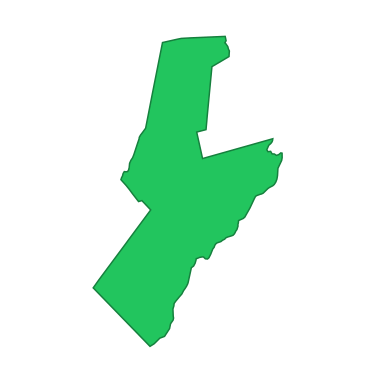 the district of Apodi, Rio Grande do Norte, Brazil, rotated 188°
{"feature_id": "56859067B42378409662171", "entity_name": "Apodi", "entity_type": "district", "adm_level": 2, "iso_a3": "BRA", "parent_name": "Brazil", "parent_adm1": "Rio Grande do Norte", "projection": "equal_earth", "projection_center": [-37.896, -5.629], "detail": "fine", "context": "isolated", "style": "filled", "palette": "green", "viewbox_px": 384, "rotation_deg": 188, "n_neighbors": 0, "source": "geoboundaries", "source_scale": "gbopen_adm2", "svg_char_len": 1891}
<svg xmlns="http://www.w3.org/2000/svg" viewBox="0 0 384 384"><g transform="rotate(188 192 192)"><path d="M110.4,213.5L109.7,216.6L109.6,220.1L110.2,227.4L107.6,235.7L107.5,238.5L108.2,243.0L109.5,243.1L111.3,241.1L113.5,240.0L115.7,241.1L118.0,240.9L119.8,243.2L122.4,242.5L123.8,244.2L122.5,248.9L120.7,251.0L119.8,252.6L119.4,254.1L119.4,256.0L144.8,244.8L151.2,242.0L159.8,238.2L164.8,236.0L186.2,226.6L195.1,250.4L195.7,252.0L186.8,255.7L187.2,263.9L187.5,269.3L189.7,318.9L174.2,331.3L174.5,335.1L174.6,336.8L175.8,338.6L176.8,341.0L177.9,342.2L179.2,343.6L180.2,344.3L179.3,346.5L180.0,348.6L180.8,350.7L214.4,344.5L224.0,342.6L227.7,341.3L242.0,335.9L243.4,311.0L245.0,282.7L245.9,265.5L246.8,248.7L249.2,244.2L250.9,241.2L251.8,238.9L251.8,237.2L252.7,232.5L254.8,220.8L255.6,217.6L256.9,214.9L257.8,211.7L257.6,207.4L257.9,205.0L258.6,203.3L260.2,202.8L261.9,202.8L262.8,200.7L263.1,198.0L263.7,196.6L264.1,194.3L258.0,189.2L254.3,185.7L250.7,182.0L243.6,175.1L240.4,176.5L230.4,168.5L248.4,135.4L250.3,131.8L258.1,117.5L271.8,92.4L276.5,83.3L212.1,33.3L208.3,36.5L203.5,42.8L199.1,45.2L195.2,53.6L194.9,58.5L192.9,62.5L192.7,64.6L193.3,66.4L194.6,73.5L194.1,76.6L194.2,79.1L192.9,81.6L190.2,86.0L187.9,89.5L186.6,93.2L185.3,95.7L184.3,97.9L183.4,100.7L183.2,102.2L182.1,116.9L180.1,118.9L179.0,121.9L178.6,124.7L178.5,126.6L177.3,127.1L175.4,128.3L172.6,129.2L171.5,129.2L169.5,127.7L167.3,127.8L166.1,129.2L164.8,133.0L163.5,138.4L162.4,140.3L162.0,142.4L161.1,144.1L160.1,145.1L156.5,146.9L155.0,148.5L153.1,149.8L152.1,151.3L150.6,152.3L146.7,154.1L145.3,154.9L144.1,156.6L143.1,159.6L142.3,161.0L141.7,164.6L142.0,166.1L141.8,167.9L141.9,170.2L137.6,172.9L136.2,174.5L132.4,184.2L129.4,193.9L128.6,196.2L127.7,197.3L124.0,199.3L122.9,199.7L121.3,200.8L117.3,206.0L116.0,207.2L112.9,209.4L111.6,210.9L110.4,213.5Z" fill="#22c55e" stroke="#15803d" stroke-width="1.5"/></g></svg>